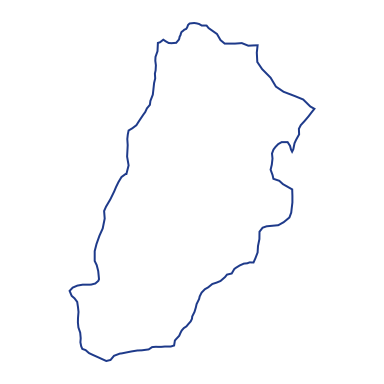 Qabala District, Qəbələ, Azerbaijan (orthographic projection)
{"feature_id": "54616110B33746839775993", "entity_name": "Qabala District", "entity_type": "district", "adm_level": 2, "iso_a3": "AZE", "parent_name": "Azerbaijan", "parent_adm1": "Qəbələ", "projection": "orthographic", "projection_center": [47.798, 40.94], "detail": "fine", "context": "isolated", "style": "outline", "palette": "blue", "viewbox_px": 384, "rotation_deg": 0, "n_neighbors": 0, "source": "geoboundaries", "source_scale": "gbopen_adm2", "svg_char_len": 2578}
<svg xmlns="http://www.w3.org/2000/svg" viewBox="0 0 384 384"><path d="M206.6,25.6L205.4,25.5L201.7,25.5L199.1,24.0L196.8,23.4L194.2,23.0L191.3,23.3L189.6,23.5L188.1,24.9L187.1,27.5L186.2,28.9L184.3,29.7L183.1,30.8L181.6,31.9L180.9,33.4L180.6,34.9L179.6,36.8L179.3,38.4L178.9,39.6L177.2,41.6L176.2,42.8L171.5,43.2L168.7,43.0L165.7,41.3L163.3,39.7L160.0,42.3L158.9,42.6L157.9,42.9L157.5,51.2L155.5,56.9L155.3,60.8L155.9,65.3L155.6,70.4L154.9,73.6L155.2,78.4L154.1,83.0L153.4,89.5L152.8,94.7L150.4,100.9L149.9,104.8L146.9,108.4L145.2,112.1L143.5,114.4L140.8,118.4L139.0,121.1L136.4,125.2L132.3,128.3L128.6,130.5L127.8,134.5L127.3,139.0L127.7,145.2L127.1,156.6L128.6,165.4L126.4,174.0L125.6,174.0L121.5,177.0L118.5,182.0L116.1,186.9L114.2,191.4L110.5,199.0L110.0,199.9L106.0,206.7L104.1,211.0L104.7,218.6L102.7,228.5L99.5,235.6L96.5,244.0L94.7,251.1L94.7,261.0L95.1,261.8L96.7,265.1L98.2,271.0L98.6,275.0L99.0,279.2L98.3,280.9L95.3,283.5L91.1,284.6L88.4,284.7L85.4,284.7L82.5,284.7L77.4,285.6L72.7,287.6L69.6,290.9L70.2,292.3L70.8,293.8L71.7,295.9L74.5,298.3L77.2,301.9L78.0,307.2L78.5,312.0L78.0,318.0L77.9,322.4L78.4,327.4L80.2,332.7L80.7,338.2L80.4,342.3L81.2,346.3L82.3,348.9L85.6,350.1L89.0,353.1L92.8,354.9L98.4,357.4L101.9,359.0L106.3,361.0L109.5,360.2L110.5,360.0L114.0,355.8L119.8,353.6L121.7,353.4L126.1,352.5L131.7,351.4L137.3,350.5L141.9,350.3L148.7,349.4L152.1,347.1L155.6,346.8L160.8,346.9L165.3,346.5L170.7,346.5L171.2,346.4L174.1,345.5L174.9,340.5L176.3,338.9L179.2,335.8L180.5,332.8L181.7,330.5L183.8,328.1L186.4,326.4L188.3,324.1L190.7,321.4L192.0,318.7L192.2,316.5L194.5,311.9L195.8,307.6L196.6,304.1L199.1,299.0L199.7,296.4L201.6,292.6L204.9,289.2L208.1,287.4L212.3,284.0L216.6,282.6L220.5,281.0L225.0,277.1L227.0,274.6L231.7,273.5L234.3,269.0L235.9,267.8L239.8,265.4L243.9,263.6L247.2,263.3L249.6,262.4L253.5,262.5L255.3,258.5L257.6,252.5L258.0,246.0L259.4,239.1L259.5,231.7L262.6,227.7L266.6,226.3L278.3,225.2L283.8,222.1L289.4,217.5L291.2,212.7L292.4,202.5L292.4,195.9L292.2,189.4L283.0,184.2L279.3,180.8L273.4,178.8L272.6,175.2L270.6,169.7L271.8,164.7L272.5,158.6L272.0,153.5L273.5,149.5L275.5,146.9L278.2,144.1L281.7,142.1L287.6,142.1L290.0,145.8L291.0,149.5L292.1,151.7L293.3,149.3L294.5,143.3L296.0,140.0L299.1,134.4L298.9,128.8L300.8,125.1L304.5,121.1L308.5,116.4L311.3,112.7L314.4,108.8L310.3,106.5L303.2,99.5L294.9,96.1L283.6,91.8L275.9,86.6L270.6,77.7L262.1,69.1L257.3,62.0L256.8,52.6L257.6,45.3L254.1,45.4L248.3,45.7L241.8,43.1L235.0,43.6L224.7,43.6L220.5,40.1L217.0,34.0L208.6,28.1L206.6,25.6Z" fill="none" stroke="#1e3a8a" stroke-width="2"/></svg>